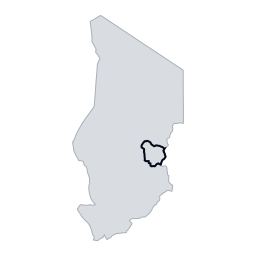 Chad, with Ouaddaï highlighted
{"feature_id": "TCD-1475", "entity_name": "Ouaddaï", "entity_type": "Prefecture", "adm_level": 1, "iso_a3": "TCD", "parent_name": "Chad", "parent_adm1": "", "projection": "equal_earth", "projection_center": [21.069, 13.569], "detail": "fine", "context": "in_parent", "style": "outline", "palette": "ink", "viewbox_px": 256, "rotation_deg": 0, "n_neighbors": 0, "source": "natural_earth", "source_scale": "10m", "svg_char_len": 4781}
<svg xmlns="http://www.w3.org/2000/svg" viewBox="0 0 256 256"><path d="M183.1,70.1L183.2,76.4L183.2,82.6L183.2,88.9L183.3,95.1L183.3,101.4L183.4,107.7L183.4,113.9L183.4,120.2L183.4,122.3L183.3,123.2L183.3,123.3L183.1,123.4L180.6,122.8L179.5,122.8L177.9,123.3L175.7,123.5L174.2,123.4L173.2,124.5L172.4,125.8L172.8,129.0L172.7,130.0L172.4,131.1L171.8,132.0L171.1,132.7L170.7,133.4L170.2,134.8L169.8,135.5L169.8,136.3L169.7,137.3L169.3,137.8L168.2,138.1L167.6,138.5L167.0,139.2L166.7,139.7L166.9,140.4L167.1,141.3L167.3,142.7L167.4,143.5L167.9,144.2L168.2,144.6L168.3,145.2L168.0,145.7L166.7,146.7L166.2,147.1L165.6,147.6L165.4,147.8L164.5,148.8L164.0,149.6L163.8,150.4L163.8,151.3L164.3,152.8L164.8,154.1L165.0,155.0L165.1,156.1L165.1,157.0L164.8,157.9L164.3,158.7L162.6,160.1L161.7,161.7L161.0,163.6L160.8,164.7L161.0,165.4L161.4,166.0L161.9,166.3L162.7,166.4L164.0,166.1L165.1,165.8L166.4,166.5L167.1,168.2L166.8,169.4L167.3,171.5L167.7,174.1L167.7,175.0L167.9,175.3L168.7,175.5L168.8,176.1L168.6,180.7L169.0,181.9L169.5,182.8L170.1,183.3L170.7,183.9L171.0,184.4L171.7,184.5L172.5,185.3L172.7,186.4L172.6,187.5L172.2,189.8L171.8,191.3L171.4,191.2L170.4,190.9L169.3,190.5L167.9,190.3L166.6,190.9L165.2,191.7L164.8,192.3L164.4,192.7L163.7,192.6L163.2,192.7L162.9,193.3L162.3,194.0L160.3,195.3L159.9,195.8L159.6,196.3L159.6,196.8L159.8,197.9L159.8,199.2L159.4,200.3L158.8,201.1L158.2,201.4L157.7,201.5L157.4,202.0L156.3,204.5L155.8,204.9L154.9,204.8L152.2,208.6L151.9,209.7L150.9,211.2L149.7,213.0L148.6,213.8L148.5,214.1L148.2,214.5L147.5,214.9L145.1,217.0L142.2,216.9L141.0,217.7L139.7,218.1L137.9,218.5L137.4,218.5L135.1,218.6L132.4,218.6L131.3,218.9L130.4,219.7L129.6,220.4L129.5,220.6L129.7,220.9L129.6,221.1L131.5,222.9L132.0,223.7L131.5,224.5L131.3,224.7L130.9,225.4L129.8,227.3L128.1,229.6L127.3,230.3L126.9,230.7L126.5,232.2L126.2,232.5L125.0,232.7L122.7,232.8L119.5,233.3L117.6,233.5L116.4,233.4L114.8,234.4L114.2,234.7L113.8,234.8L112.1,235.8L110.8,237.4L110.3,237.7L108.3,238.4L107.6,239.5L107.2,239.6L106.0,238.1L105.1,236.8L104.7,235.5L104.7,235.0L104.4,235.1L103.8,235.7L103.2,236.4L102.9,237.7L100.9,238.5L99.2,239.3L98.4,240.2L97.2,240.6L95.7,240.5L94.5,240.1L93.3,239.9L93.9,238.8L94.1,237.9L94.2,236.9L94.1,236.2L93.4,235.8L92.9,235.2L92.0,231.9L90.9,228.5L89.5,225.1L87.9,223.0L86.8,221.7L86.4,221.5L85.9,221.1L85.5,220.7L83.4,218.4L81.2,215.9L80.7,214.7L79.6,213.0L78.4,211.2L77.8,210.4L77.5,208.9L78.4,207.6L79.3,205.9L80.4,204.8L81.8,204.7L84.1,205.2L86.7,205.3L89.2,205.0L89.8,204.7L90.4,204.7L91.8,205.1L94.1,205.1L95.4,204.4L94.1,203.2L92.7,201.4L91.4,199.4L90.6,197.6L89.9,195.2L89.2,192.3L88.8,188.6L88.9,186.5L89.1,184.9L89.8,182.5L89.4,181.0L89.5,179.9L89.5,178.1L89.2,177.3L88.3,174.4L88.2,174.1L87.4,172.1L87.0,168.8L86.2,166.6L84.7,165.6L83.9,164.3L83.6,162.0L83.0,161.4L80.8,160.6L78.8,160.6L77.5,158.0L75.7,154.8L74.1,151.7L73.1,145.6L72.6,142.1L73.3,141.1L74.6,138.6L76.4,133.8L80.4,126.5L82.5,122.8L86.5,117.2L91.5,110.3L94.2,106.4L94.8,99.4L95.3,92.0L95.7,86.3L96.2,79.7L96.7,74.2L97.0,70.1L97.4,64.4L97.8,63.3L99.7,58.9L99.9,58.3L99.5,57.5L96.9,53.7L96.0,52.9L95.6,50.9L96.3,49.8L93.1,43.5L92.3,42.7L92.0,41.9L92.0,40.8L92.0,36.4L91.2,29.5L90.2,21.5L94.0,19.3L96.9,17.6L100.6,15.4L104.0,17.6L108.9,20.9L113.8,24.1L118.7,27.4L123.6,30.7L128.5,33.9L133.4,37.2L138.4,40.5L143.3,43.8L148.3,47.1L153.2,50.3L158.2,53.6L163.2,56.9L168.1,60.2L173.1,63.5L178.1,66.8L183.1,70.1Z" fill="#d9dde1" stroke="#a8b0b8" stroke-width="1"/><path d="M164.6,148.6L163.7,150.1L163.4,150.6L163.4,150.8L163.7,151.1L163.8,151.4L163.9,151.6L163.9,151.8L163.9,152.1L164.1,152.6L164.7,153.5L164.9,154.0L164.9,154.8L164.9,155.1L165.1,155.5L165.5,156.0L165.6,156.4L165.5,157.0L165.1,157.6L164.1,159.0L162.8,159.7L162.7,159.9L162.3,160.3L162.0,160.9L161.1,163.1L160.9,164.1L160.7,164.6L159.5,164.1L158.2,163.4L157.2,163.8L156.1,164.7L155.2,166.0L154.6,166.3L154.2,166.2L153.1,166.0L151.9,166.4L150.5,165.7L150.5,164.4L150.4,163.4L149.5,163.3L148.8,163.0L148.7,161.1L147.1,161.1L145.9,161.1L144.7,160.4L144.7,160.2L144.8,160.0L144.8,158.5L144.5,156.0L144.5,153.7L144.1,152.8L144.1,152.5L144.0,152.2L144.1,149.1L143.9,148.9L141.6,147.4L141.6,145.3L143.2,142.9L143.8,142.3L144.0,142.1L144.0,141.9L144.4,141.7L144.5,141.6L144.5,141.4L144.7,141.2L144.8,141.2L145.0,141.2L145.2,141.3L145.3,141.3L145.5,141.2L146.0,141.3L146.7,141.0L146.8,140.9L147.3,140.8L147.5,140.9L149.3,141.7L149.5,141.8L149.8,142.0L150.0,142.2L150.1,142.3L150.5,142.5L150.8,143.3L151.0,143.8L151.7,144.6L151.8,144.7L152.0,144.7L152.9,145.4L153.9,146.1L154.2,146.2L154.4,146.2L154.6,146.2L154.8,146.1L155.1,145.9L155.6,145.5L155.9,145.4L156.6,145.4L159.5,145.9L163.1,147.5L163.5,147.9L163.6,148.0L163.9,148.5L164.0,148.6L164.3,148.7L164.6,148.6L164.6,148.6Z" fill="none" stroke="#020617" stroke-width="2"/></svg>